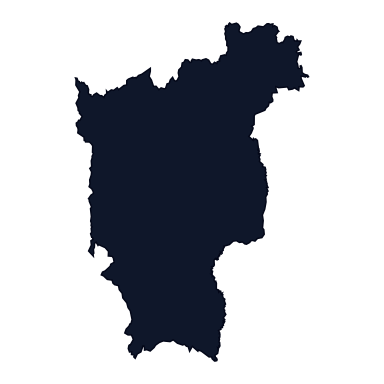 Rionegro, Antioquia, Colombia (Equal Earth projection)
{"feature_id": "7082276B44493492234121", "entity_name": "Rionegro", "entity_type": "district", "adm_level": 2, "iso_a3": "COL", "parent_name": "Colombia", "parent_adm1": "Antioquia", "projection": "equal_earth", "projection_center": [-75.409, 6.146], "detail": "fine", "context": "isolated", "style": "filled", "palette": "ink", "viewbox_px": 384, "rotation_deg": 0, "n_neighbors": 0, "source": "geoboundaries", "source_scale": "gbopen_adm2", "svg_char_len": 5848}
<svg xmlns="http://www.w3.org/2000/svg" viewBox="0 0 384 384"><path d="M226.7,25.5L225.5,26.4L225.6,27.8L224.9,28.9L225.7,31.3L224.9,33.8L225.7,36.1L225.7,39.0L226.9,41.5L226.8,45.5L228.1,46.4L228.0,51.0L226.7,52.8L226.0,55.3L224.5,54.9L220.7,55.9L219.7,59.1L219.2,59.3L219.7,60.9L217.2,61.8L216.8,63.5L214.5,62.3L212.9,64.2L210.8,63.9L208.6,60.1L206.0,58.8L202.2,59.9L201.6,60.8L198.9,59.7L196.1,60.1L192.4,59.2L191.4,60.8L191.5,61.7L190.0,62.6L187.9,60.0L185.3,59.7L183.9,62.3L182.2,63.0L181.6,67.1L178.8,69.9L178.3,73.0L179.1,76.6L177.0,80.6L175.4,81.2L173.9,80.0L172.6,77.3L170.3,79.9L169.2,83.3L167.1,83.8L165.6,88.3L164.4,88.9L161.1,87.9L158.9,89.7L156.1,86.3L153.5,86.4L151.4,80.1L149.1,76.5L150.3,71.3L150.3,68.3L141.9,74.2L138.5,75.5L136.2,78.2L135.9,77.5L133.0,78.0L132.8,77.3L128.4,79.1L126.8,80.5L126.7,85.0L123.9,85.5L118.7,89.6L117.2,87.7L113.7,90.4L111.3,89.9L107.7,92.4L106.6,91.0L106.8,93.7L104.8,95.2L103.9,97.5L101.7,95.7L99.9,95.7L96.6,93.1L93.9,94.7L92.5,96.6L91.0,96.3L90.9,94.8L89.1,94.4L88.3,92.9L88.6,89.5L87.2,85.8L85.5,85.4L83.8,82.6L82.9,83.1L81.6,82.2L80.9,83.1L79.9,82.9L79.3,81.6L78.0,81.1L77.0,78.3L75.5,78.0L76.1,79.7L75.9,85.1L79.9,91.8L78.5,95.6L79.0,97.7L76.1,103.2L78.0,107.7L78.2,110.5L79.5,111.6L79.4,113.2L82.2,116.4L79.9,120.4L78.6,120.3L78.0,121.8L76.3,123.1L76.5,125.7L77.8,127.6L78.2,129.9L77.8,132.9L84.0,137.1L84.2,140.3L84.8,140.2L85.5,141.9L89.5,142.0L91.4,143.9L92.7,145.8L92.5,152.4L93.5,153.6L92.1,156.2L92.2,157.8L91.3,160.8L91.7,166.6L89.8,168.4L91.6,171.9L91.3,175.0L89.7,179.9L90.0,184.0L89.1,186.7L91.8,188.8L93.2,191.6L93.4,193.5L91.0,195.1L88.5,198.7L89.2,199.4L89.3,201.3L91.6,207.0L90.5,208.6L91.4,216.6L90.7,221.1L91.4,223.2L91.1,225.8L92.1,226.8L91.2,228.3L91.6,232.3L90.6,233.7L91.7,237.3L92.5,237.5L93.0,239.3L90.9,240.8L91.4,245.1L88.6,251.0L93.3,256.1L93.1,254.2L93.8,253.2L93.4,249.4L94.4,247.2L94.5,243.5L96.1,242.1L98.0,245.4L98.6,244.6L105.2,247.6L108.5,251.4L108.3,256.0L112.1,256.3L113.3,257.9L114.2,262.3L110.8,264.2L110.2,266.3L105.2,270.9L102.5,272.1L101.3,274.9L103.6,275.9L107.3,279.4L112.1,280.1L113.0,283.2L114.7,284.7L118.5,285.6L119.3,289.7L122.2,293.3L122.8,297.9L126.8,302.8L128.1,307.7L130.3,310.8L132.1,319.6L131.0,323.6L129.9,324.0L129.0,326.2L126.2,329.1L124.8,333.0L128.0,334.9L131.4,334.9L132.6,337.5L133.3,339.6L130.2,345.1L129.4,344.9L128.8,345.8L128.3,348.6L129.5,352.0L131.7,351.8L131.5,354.5L133.8,354.9L134.3,355.5L133.8,356.9L135.2,358.3L137.3,353.9L140.9,351.9L143.0,345.8L143.8,345.8L144.4,347.1L144.5,350.1L146.9,349.7L150.2,351.0L154.1,347.5L155.5,345.2L159.2,342.5L163.2,340.9L170.1,341.6L173.2,339.8L177.4,343.2L182.6,345.0L184.6,344.3L186.4,346.2L188.2,346.6L189.6,351.2L192.3,346.3L197.9,351.2L198.4,350.1L201.3,351.1L209.0,356.9L211.7,356.9L212.1,358.7L214.3,360.8L214.6,360.1L215.6,361.0L216.8,360.6L217.1,359.6L216.5,358.1L215.5,357.5L214.9,355.3L217.6,353.4L218.2,350.3L217.7,347.8L218.5,348.4L218.9,346.1L219.5,346.7L219.9,345.9L219.6,342.4L218.9,341.9L219.5,339.1L218.9,337.4L219.8,337.1L219.9,334.1L219.2,333.8L219.7,332.9L218.5,330.5L221.0,329.2L220.9,327.6L222.4,327.5L222.3,325.9L223.4,325.4L223.1,324.5L224.2,322.5L223.2,322.8L223.0,322.2L224.2,321.2L223.4,320.6L224.8,319.8L223.3,317.9L225.8,314.4L224.4,311.9L224.7,310.2L223.9,309.5L223.9,307.6L225.0,306.3L224.5,305.1L225.5,304.1L224.3,300.9L224.8,299.2L223.2,298.0L222.5,296.0L222.8,294.6L221.6,294.5L222.2,293.2L221.3,293.7L220.6,291.2L219.8,291.6L219.2,290.8L218.7,291.8L218.2,289.8L216.3,289.2L216.4,283.2L215.7,281.2L214.8,281.7L213.9,279.9L214.7,277.8L213.4,276.1L212.2,276.6L212.3,274.9L211.0,274.0L212.1,273.6L212.5,271.7L211.5,271.9L212.0,270.2L211.0,269.9L211.2,268.9L212.5,268.2L211.6,266.6L213.5,266.4L214.3,265.0L214.0,260.3L215.0,258.9L216.3,259.5L216.1,258.4L217.1,258.7L217.4,259.7L218.2,259.3L217.8,257.3L218.8,256.7L218.8,255.4L219.6,255.6L219.9,253.8L221.0,254.0L220.5,252.1L222.1,253.0L222.0,251.3L223.2,250.3L223.1,249.0L224.3,247.0L223.9,246.2L229.4,244.6L233.2,241.1L236.5,240.7L239.4,242.4L242.5,242.0L244.8,243.9L246.5,244.2L249.8,242.4L250.5,241.0L252.5,240.4L255.0,241.1L257.5,238.4L261.9,237.6L264.2,234.3L263.8,229.7L262.5,228.0L263.2,220.6L262.4,215.0L264.7,209.2L266.0,202.0L265.7,196.9L267.3,194.1L266.9,192.4L268.0,191.1L266.5,187.7L268.0,187.5L267.0,185.2L267.0,183.2L266.4,182.9L266.4,181.0L264.9,179.9L266.1,179.4L265.5,176.6L266.3,175.6L265.3,174.9L266.1,172.5L265.3,171.0L265.7,169.7L265.1,167.3L262.5,166.7L262.9,164.5L259.5,161.5L259.9,159.2L259.0,157.1L260.1,155.2L258.7,154.1L259.9,153.7L258.5,152.7L259.2,151.3L258.9,149.4L258.1,150.2L257.7,149.8L258.4,148.4L257.4,140.4L255.7,138.9L254.7,139.6L253.5,138.5L253.1,140.3L248.8,136.5L251.2,133.0L253.0,128.6L252.9,127.5L251.6,126.3L254.1,124.6L254.2,115.8L255.1,114.2L264.9,110.2L265.9,108.1L268.3,106.0L269.3,102.2L270.5,102.7L272.6,101.4L272.8,99.8L271.7,96.7L272.2,92.9L277.2,92.6L275.8,87.9L275.9,86.6L278.6,87.7L287.5,86.9L288.8,89.7L292.7,89.0L294.4,87.9L298.7,90.5L299.1,86.7L303.0,86.9L304.2,85.7L301.0,78.2L301.2,76.0L305.4,77.0L306.5,75.8L307.7,77.1L308.5,76.7L307.6,75.2L304.6,74.4L302.1,72.7L301.9,67.5L301.0,65.7L300.2,66.1L301.0,68.3L298.3,68.5L297.5,63.9L296.6,61.9L298.6,54.2L300.9,55.0L301.3,54.3L300.8,52.4L297.4,53.1L296.3,52.0L296.6,51.2L299.1,49.9L297.5,46.9L299.7,43.9L300.8,41.0L298.2,41.1L297.1,39.9L296.9,41.0L294.7,40.9L293.7,39.5L293.0,36.6L290.9,36.0L290.3,37.1L287.5,36.3L285.3,37.4L284.7,39.6L282.8,42.7L282.0,42.2L279.2,43.6L277.0,42.6L276.2,38.5L276.6,37.5L275.3,35.5L277.9,32.2L277.9,31.3L278.7,31.2L277.6,29.9L277.1,27.2L274.6,25.7L272.8,26.6L272.9,23.9L269.9,24.5L268.9,23.7L267.0,23.8L263.4,26.9L258.0,26.1L256.0,27.8L253.3,28.6L251.4,31.6L248.3,32.9L246.0,32.7L243.6,34.0L239.4,31.8L239.0,30.2L240.0,27.0L238.2,24.3L236.4,23.2L231.6,24.5L229.6,23.0L228.6,24.2L228.3,27.2L227.8,26.0L226.7,25.5Z" fill="#0f172a" stroke="#020617" stroke-width="1.5"/></svg>